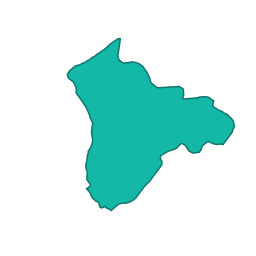 the district of Santa Rosa de Lima, Santa Rosa, Guatemala, rotated 42°
{"feature_id": "79465075B80857552483649", "entity_name": "Santa Rosa de Lima", "entity_type": "district", "adm_level": 2, "iso_a3": "GTM", "parent_name": "Guatemala", "parent_adm1": "Santa Rosa", "projection": "albers", "projection_center": [-90.338, 14.435], "detail": "fine", "context": "isolated", "style": "filled", "palette": "teal", "viewbox_px": 256, "rotation_deg": 42, "n_neighbors": 0, "source": "geoboundaries", "source_scale": "gbopen_adm2", "svg_char_len": 1946}
<svg xmlns="http://www.w3.org/2000/svg" viewBox="0 0 256 256"><g transform="rotate(42 128 128)"><path d="M47.3,129.1L48.8,129.5L49.5,130.5L51.3,130.8L56.7,130.3L62.2,132.7L64.3,134.2L64.8,135.2L65.4,136.2L67.3,137.0L71.6,137.8L82.9,140.6L90.9,144.2L93.2,145.8L98.9,148.1L100.5,151.3L102.4,153.7L102.7,154.2L103.5,155.4L106.8,158.2L108.4,159.4L110.7,161.6L112.5,165.4L113.2,167.0L114.1,172.1L114.9,172.6L115.9,174.5L116.0,175.4L117.3,176.8L121.8,184.3L124.6,186.6L126.8,187.5L128.4,189.4L129.5,190.9L132.0,193.9L137.6,195.1L138.8,196.2L137.8,200.8L144.0,201.7L145.7,203.0L148.6,203.8L153.1,203.8L154.7,203.2L156.5,203.4L160.3,205.6L162.0,205.0L163.4,201.7L166.5,201.7L167.5,201.0L170.7,200.5L171.9,190.8L174.6,187.1L176.5,185.5L178.0,183.3L178.8,181.6L179.6,179.6L180.2,177.6L180.6,174.9L179.3,159.5L179.8,152.8L179.5,151.1L177.8,132.9L175.6,130.2L172.1,129.0L170.8,126.3L171.3,124.9L173.7,117.8L176.6,112.8L177.6,110.5L177.8,104.3L178.6,103.4L181.2,102.7L183.6,102.8L188.4,104.3L192.2,103.5L193.5,102.8L197.1,98.3L196.9,95.1L195.2,91.9L196.1,85.3L197.7,83.8L201.6,82.8L204.4,81.2L205.0,80.8L207.6,77.9L209.7,76.8L208.2,61.3L207.6,60.5L206.1,55.8L202.9,53.2L199.9,51.9L192.3,51.6L191.1,52.4L187.5,52.7L182.0,54.4L177.2,55.0L175.4,54.0L174.3,52.0L173.5,50.4L172.6,50.6L171.1,51.0L167.5,51.2L165.7,52.2L162.9,54.5L160.2,57.4L160.2,58.0L158.3,60.3L156.4,62.4L155.5,63.2L155.2,63.8L149.6,69.6L147.8,67.9L147.4,66.2L146.7,65.9L145.5,64.2L144.9,64.1L143.8,62.7L142.5,62.1L138.3,62.9L124.6,76.8L123.3,78.1L121.6,78.6L115.3,79.0L113.6,78.4L109.9,76.0L104.4,73.8L102.8,73.5L97.6,72.3L93.1,72.8L88.7,74.8L88.0,75.2L85.5,77.5L84.7,79.2L82.5,81.1L82.3,82.0L80.5,82.9L76.3,83.5L74.1,82.6L71.4,80.7L71.1,79.5L62.8,67.1L62.1,66.9L61.4,67.7L60.7,68.8L58.7,77.1L58.1,83.8L56.8,89.6L55.6,94.2L55.0,98.1L54.4,98.8L53.5,103.9L52.9,104.6L52.0,108.6L50.6,110.8L50.2,112.7L47.3,117.2L46.3,124.7L47.3,129.1Z" fill="#14b8a6" stroke="#0f766e" stroke-width="1.5"/></g></svg>